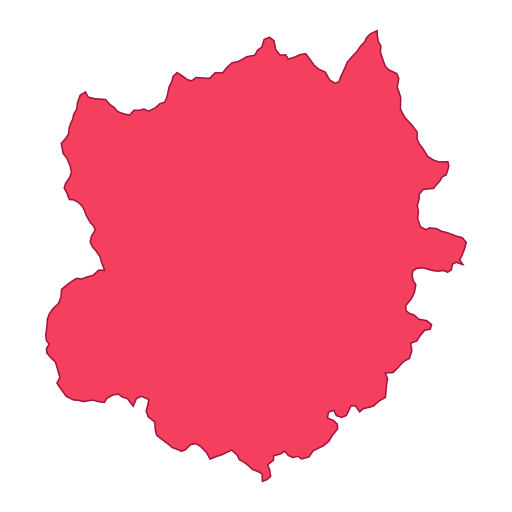 Pilar do Sul, São Paulo, Brazil (orthographic projection)
{"feature_id": "56859067B92948515597814", "entity_name": "Pilar do Sul", "entity_type": "district", "adm_level": 2, "iso_a3": "BRA", "parent_name": "Brazil", "parent_adm1": "São Paulo", "projection": "orthographic", "projection_center": [-47.722, -23.858], "detail": "fine", "context": "isolated", "style": "filled", "palette": "rose", "viewbox_px": 512, "rotation_deg": 0, "n_neighbors": 0, "source": "geoboundaries", "source_scale": "gbopen_adm2", "svg_char_len": 3618}
<svg xmlns="http://www.w3.org/2000/svg" viewBox="0 0 512 512"><path d="M61.2,143.5L62.3,148.8L63.0,153.3L66.8,158.1L70.0,165.5L71.5,172.3L69.6,177.4L65.7,183.1L64.2,187.8L66.8,192.9L69.3,199.5L73.3,199.8L78.0,202.1L82.3,206.3L84.4,210.3L86.1,215.2L90.4,222.7L93.7,226.1L95.2,230.2L91.5,236.0L90.2,241.9L92.4,246.8L96.5,251.5L100.0,256.8L101.6,262.5L104.7,270.4L98.8,270.1L92.8,275.5L86.9,277.0L82.1,278.9L76.4,278.4L72.3,281.0L67.9,284.1L61.6,289.3L60.9,297.2L58.6,303.3L52.8,308.9L49.2,314.1L47.4,319.1L46.8,327.7L45.7,334.7L46.4,340.6L49.2,344.1L46.5,348.3L46.8,353.0L51.3,358.2L55.4,362.0L57.6,369.4L59.9,377.6L56.9,383.0L60.1,387.9L66.2,396.3L73.6,400.0L78.6,400.3L83.3,401.6L88.4,400.7L93.0,400.1L97.9,401.5L104.3,402.5L107.1,398.2L113.1,394.9L118.6,394.2L122.4,397.1L127.4,398.6L133.2,406.2L136.5,398.4L141.7,396.3L148.8,399.6L147.7,405.6L146.1,411.0L148.2,416.9L154.8,422.0L155.3,429.8L156.6,435.2L160.7,438.5L165.5,442.1L168.8,444.5L172.2,447.6L176.3,449.0L181.6,451.3L185.5,449.7L190.6,444.6L196.0,443.6L200.9,446.7L206.4,452.4L210.1,459.1L216.7,456.4L221.9,454.8L227.0,452.2L231.8,450.1L237.4,455.4L239.2,459.5L243.4,461.8L248.2,465.4L252.7,469.6L257.2,471.2L262.1,473.8L262.4,481.3L267.0,479.6L270.7,476.4L269.6,469.6L267.6,464.9L273.5,460.2L273.6,455.8L280.1,454.1L285.0,451.3L288.2,455.4L292.7,457.5L297.9,456.3L301.5,459.0L309.0,456.9L313.1,450.8L317.8,448.5L323.8,445.5L328.9,441.2L332.5,435.1L337.7,428.9L337.2,424.0L333.4,420.4L327.5,418.1L328.5,412.2L333.8,410.3L336.4,415.6L341.7,417.4L346.3,415.5L351.2,405.6L355.7,406.1L359.6,411.9L363.4,408.6L369.3,407.3L373.7,405.9L379.3,400.8L385.5,397.4L386.1,389.3L386.7,383.6L387.6,378.7L385.2,372.9L393.0,372.6L397.7,368.1L401.8,363.3L404.9,360.7L409.4,358.5L411.9,350.6L410.6,343.3L416.8,341.0L420.2,335.6L424.7,330.2L430.2,329.3L431.6,324.6L426.7,320.6L418.7,319.2L413.8,314.8L409.9,313.6L406.3,311.0L405.6,306.0L408.2,302.6L411.4,298.8L414.5,292.1L415.8,284.8L413.3,280.7L412.1,275.4L412.9,270.9L416.6,268.4L422.9,267.9L433.3,270.7L438.5,271.2L443.2,270.5L447.5,272.2L451.3,270.0L452.4,264.2L456.1,262.3L462.9,264.6L459.7,259.8L462.0,255.5L464.5,249.0L466.3,242.6L462.3,237.7L456.1,236.0L447.0,232.6L441.1,231.1L436.8,228.7L429.5,227.8L425.9,229.7L420.3,226.6L417.7,218.7L418.4,211.6L417.3,205.5L419.2,198.6L419.1,194.3L423.3,189.4L428.5,188.9L433.6,188.4L436.6,184.5L439.9,181.0L442.0,177.0L446.1,174.9L447.6,170.7L448.8,166.0L447.9,161.7L439.2,162.0L433.5,160.1L427.6,156.3L423.1,148.9L419.5,144.2L417.1,139.2L417.1,132.0L412.9,126.3L409.2,122.1L405.4,118.1L402.6,113.5L400.3,108.5L400.6,103.6L400.7,97.6L398.8,91.4L397.2,87.4L398.8,78.5L396.8,73.6L389.3,70.1L385.5,66.8L383.1,60.3L380.5,52.5L380.8,45.7L378.4,41.8L377.3,35.9L377.1,30.7L370.5,33.8L366.5,37.7L364.7,41.9L360.6,46.1L357.1,51.2L353.7,54.9L350.5,58.4L347.2,62.4L345.4,66.8L343.0,72.0L340.4,77.5L339.1,81.6L335.1,83.2L329.7,79.9L325.2,72.0L318.6,69.1L313.8,64.9L310.1,59.5L305.7,53.7L300.3,54.6L294.1,57.3L288.3,59.0L285.7,54.8L280.1,55.1L275.6,49.4L274.1,40.8L269.7,37.3L264.1,39.4L261.9,47.1L257.6,50.1L254.8,55.2L246.7,56.7L242.3,59.4L237.9,61.6L232.0,62.8L226.7,67.7L222.8,72.7L214.9,72.9L209.8,78.3L202.9,78.0L196.0,77.5L191.8,80.8L187.4,79.7L183.0,76.4L177.1,72.6L173.1,76.4L171.8,81.6L169.2,86.5L167.7,93.8L166.4,98.6L164.4,102.4L160.0,103.6L155.3,107.8L148.4,111.2L143.9,109.0L139.5,110.3L134.0,110.2L129.6,115.1L123.2,113.7L117.4,111.4L113.9,107.2L109.9,104.5L105.6,99.6L99.2,99.0L94.4,98.7L88.1,97.0L85.5,91.9L80.2,95.2L77.4,103.0L76.8,109.0L73.8,114.0L72.7,119.1L70.6,123.6L69.1,128.2L68.7,133.6L65.9,138.1L61.2,143.5Z" fill="#f43f5e" stroke="#9f1239" stroke-width="1.5"/></svg>